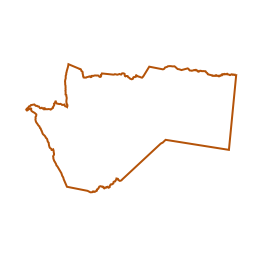 outline of Kitui East, Eastern, Kenya, rotated 9°
{"feature_id": "3690345B42600282373755", "entity_name": "Kitui East", "entity_type": "district", "adm_level": 2, "iso_a3": "KEN", "parent_name": "Kenya", "parent_adm1": "Eastern", "projection": "albers", "projection_center": [38.352, -1.41], "detail": "fine", "context": "isolated", "style": "outline", "palette": "amber", "viewbox_px": 256, "rotation_deg": 9, "n_neighbors": 0, "source": "geoboundaries", "source_scale": "gbopen_adm2", "svg_char_len": 5607}
<svg xmlns="http://www.w3.org/2000/svg" viewBox="0 0 256 256"><g transform="rotate(9 128 128)"><path d="M226.6,59.1L226.4,59.2L225.8,59.0L225.3,59.0L225.1,58.6L224.2,58.9L223.9,58.7L223.6,58.9L223.2,59.1L222.9,59.0L222.5,58.7L222.0,58.7L221.3,59.1L221.1,59.5L220.5,59.8L220.1,59.8L219.2,59.4L218.8,59.5L218.4,59.4L217.7,59.0L217.4,59.4L217.0,59.2L216.7,59.5L216.1,59.6L215.8,59.5L215.4,59.7L215.1,59.6L215.0,59.9L214.8,59.9L214.0,59.8L213.6,60.2L213.6,59.9L213.3,59.9L213.0,60.2L213.0,60.4L212.8,60.5L212.2,60.5L212.1,60.9L211.9,61.0L211.4,61.8L211.2,61.8L210.9,61.7L210.7,61.9L210.6,62.3L210.1,62.6L209.8,62.1L209.3,62.2L208.9,62.6L208.5,62.4L208.0,62.5L207.3,62.1L206.9,62.0L206.5,62.1L206.4,62.2L206.5,62.4L206.5,62.7L206.2,62.7L206.0,62.9L205.4,63.0L204.7,62.8L203.9,63.3L203.3,63.2L202.9,62.8L202.3,63.0L202.0,62.8L201.2,62.7L200.8,62.7L200.3,62.6L199.8,62.7L198.9,62.3L198.4,62.4L197.7,61.4L196.5,60.8L195.8,59.9L195.3,59.8L194.5,60.0L193.3,60.0L192.4,60.3L191.7,60.2L191.4,60.3L191.0,60.1L190.2,60.2L189.7,60.7L189.4,60.8L189.2,61.2L188.6,61.4L188.2,61.2L188.3,60.7L187.5,60.4L186.4,60.5L186.2,60.0L186.0,59.9L185.1,60.2L184.8,60.5L184.2,60.4L182.9,61.2L182.3,61.3L181.9,61.5L181.4,61.4L180.6,61.5L179.9,61.5L179.5,61.2L179.1,60.6L178.8,60.5L178.0,59.9L177.6,59.8L171.8,62.4L169.3,62.0L167.8,62.0L164.7,60.0L164.2,59.8L162.5,60.2L160.7,60.2L158.8,60.5L157.6,60.9L157.2,61.4L155.1,62.5L154.6,63.7L154.1,64.2L153.3,64.6L139.4,64.1L135.0,74.7L134.7,74.9L134.5,75.5L134.0,76.1L133.6,76.1L132.7,75.9L132.3,75.9L131.5,75.6L131.0,75.7L130.4,75.5L130.1,75.5L129.5,75.3L129.1,75.1L128.7,75.1L128.0,74.6L127.7,74.7L127.6,75.4L127.9,76.0L127.1,76.4L126.8,76.7L125.9,76.7L125.3,77.3L125.2,77.8L125.2,78.3L125.0,78.8L124.2,79.2L123.8,79.3L123.4,79.1L122.6,79.1L121.4,78.2L120.4,77.9L120.2,77.6L119.8,77.4L119.5,76.8L118.7,76.8L118.2,76.9L117.4,77.4L116.8,77.1L116.5,76.4L116.2,75.1L115.2,74.7L114.8,74.8L113.7,74.9L112.8,76.3L112.0,76.2L111.2,76.0L109.2,77.0L108.5,77.0L107.2,76.9L106.6,76.9L105.9,77.4L104.9,77.6L93.7,78.2L93.4,79.5L93.0,79.7L93.3,80.9L93.1,81.3L92.9,81.8L92.0,81.9L91.8,81.9L91.4,81.5L91.1,81.3L90.8,80.9L89.7,80.9L89.0,81.1L88.3,81.1L87.0,81.3L86.5,81.5L85.6,82.0L85.0,82.0L83.6,82.3L83.2,82.9L83.1,83.1L83.5,83.5L83.3,83.6L82.5,83.3L82.0,83.3L81.7,83.1L80.9,83.6L79.0,84.4L78.7,84.8L76.7,85.1L76.2,85.0L76.1,84.4L75.5,83.8L75.4,82.9L75.1,82.4L74.8,81.4L74.5,80.9L74.6,80.5L74.4,79.8L73.9,79.3L73.2,79.1L72.3,77.5L71.9,77.3L71.7,77.3L71.1,77.1L70.9,77.1L70.7,77.3L70.2,77.0L59.2,74.3L59.2,76.6L58.6,81.3L58.6,82.6L58.4,83.3L58.6,84.8L58.3,86.3L58.5,87.3L58.5,87.6L58.7,88.6L58.5,90.2L58.5,91.7L58.9,93.3L59.2,95.0L59.7,96.1L59.8,96.8L60.1,98.2L60.1,98.9L60.5,100.2L60.3,100.8L60.8,102.3L61.1,104.7L61.8,104.9L61.9,105.1L62.2,106.5L62.5,107.0L62.8,108.1L62.9,111.1L63.3,112.7L63.5,113.1L63.7,113.4L63.9,114.2L64.5,114.7L64.5,115.0L64.7,115.5L64.7,116.1L64.5,116.5L64.5,116.8L63.7,116.4L62.7,116.4L61.8,115.6L61.5,114.8L60.7,115.2L59.4,115.5L59.2,115.5L58.8,115.1L57.4,114.7L56.6,115.1L56.3,115.1L54.4,115.0L53.6,114.9L53.4,114.5L52.7,114.0L52.6,113.1L52.2,113.1L51.8,114.6L51.4,115.3L51.1,115.6L51.1,115.8L51.5,116.2L51.5,117.1L51.0,118.2L50.8,118.9L50.6,119.1L50.8,119.7L50.7,120.0L50.2,120.3L50.1,120.6L49.8,120.7L49.3,121.1L49.3,121.4L48.8,121.9L48.3,121.7L46.9,121.7L46.6,121.7L45.3,122.1L44.3,122.2L43.6,122.1L43.4,122.4L42.8,122.5L42.9,122.2L42.4,122.0L42.2,122.0L42.2,121.8L41.9,122.0L41.6,121.7L41.0,122.2L40.6,122.1L39.7,121.5L39.1,121.9L38.2,122.2L37.9,122.1L36.7,120.8L36.5,120.7L35.5,120.8L35.0,120.5L34.5,120.3L33.8,120.6L33.6,120.5L32.8,120.2L32.2,119.6L31.8,119.4L28.5,120.6L28.2,121.3L27.7,121.7L26.8,122.2L26.6,122.5L26.6,123.3L26.5,123.5L25.7,124.0L24.9,125.0L25.0,125.5L25.6,125.9L25.5,126.2L25.1,126.3L25.3,126.5L25.5,126.5L25.9,126.3L27.0,125.1L28.0,124.6L28.9,123.8L29.4,124.1L29.5,125.4L30.1,126.3L31.8,127.1L33.3,127.6L35.3,128.9L35.4,129.3L35.4,130.6L35.0,131.4L35.0,132.1L35.3,132.9L35.2,134.0L35.9,135.8L36.6,136.9L37.9,138.1L38.4,138.8L39.6,139.9L40.2,140.2L41.1,141.8L41.8,142.1L42.3,143.3L43.1,144.1L43.3,144.8L44.0,145.7L44.4,146.7L45.0,147.4L47.1,148.8L47.8,149.7L48.2,150.0L48.4,150.5L49.2,151.0L49.8,151.5L50.9,154.0L52.0,155.0L52.1,155.6L52.3,156.2L52.7,157.5L53.6,159.4L54.2,160.0L55.6,160.6L56.0,161.6L56.8,161.5L57.5,160.9L58.1,162.1L58.4,163.5L58.9,164.7L59.1,165.9L58.5,167.5L58.5,167.9L58.9,168.8L59.0,169.6L59.6,170.9L60.6,172.5L60.9,172.7L62.6,174.9L63.2,176.2L64.2,176.9L69.3,183.1L70.5,185.5L71.4,186.5L72.1,187.6L72.4,188.5L76.9,195.6L97.9,196.4L100.9,197.4L101.3,197.3L101.5,197.3L103.0,196.9L103.3,196.7L103.3,196.2L104.0,196.0L104.2,196.3L104.5,196.4L105.2,196.3L105.5,195.9L107.0,194.9L107.1,194.5L106.8,194.2L107.0,193.5L107.6,193.1L107.8,193.0L108.1,192.3L108.3,192.2L108.6,191.0L108.9,190.3L109.9,189.8L110.4,189.9L110.7,190.0L111.3,189.8L111.5,189.8L111.9,190.2L112.2,189.9L112.6,189.9L113.5,190.4L113.7,190.6L113.6,191.1L113.8,191.3L114.2,191.3L114.3,191.1L115.2,190.4L115.6,190.4L115.9,189.9L116.1,190.0L116.4,189.8L116.3,189.6L116.7,189.5L116.9,189.3L117.6,189.6L117.8,189.9L118.3,190.0L118.5,189.6L119.0,189.2L118.8,189.0L119.1,188.7L119.0,188.1L119.6,187.1L119.6,186.7L119.8,186.5L120.1,186.2L120.5,186.3L121.1,186.1L121.6,185.5L122.0,185.3L122.2,185.1L122.1,184.6L122.3,184.0L122.2,183.6L122.9,182.9L123.7,182.7L123.8,182.2L124.1,181.6L124.4,180.7L124.5,179.7L125.1,179.8L125.4,179.7L126.0,179.8L126.1,180.0L126.1,180.4L126.6,180.9L127.5,181.1L127.9,181.5L128.1,181.5L129.0,181.2L129.8,180.6L130.2,179.9L162.7,138.4L163.9,137.4L164.4,137.2L167.0,133.8L231.1,133.8L226.6,59.1Z" fill="none" stroke="#b45309" stroke-width="2"/></g></svg>